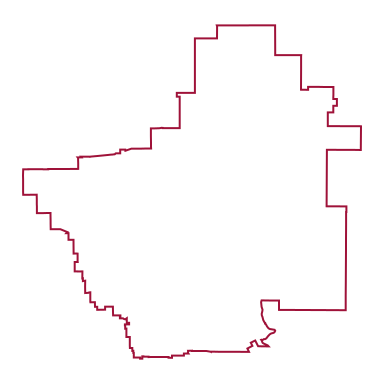 Perenjori, Western Australia, Australia (orthographic projection)
{"feature_id": "25037944B82153403198712", "entity_name": "Perenjori", "entity_type": "district", "adm_level": 2, "iso_a3": "AUS", "parent_name": "Australia", "parent_adm1": "Western Australia", "projection": "orthographic", "projection_center": [116.454, -29.398], "detail": "fine", "context": "isolated", "style": "outline", "palette": "rose", "viewbox_px": 384, "rotation_deg": 0, "n_neighbors": 0, "source": "geoboundaries", "source_scale": "gbopen_adm2", "svg_char_len": 4481}
<svg xmlns="http://www.w3.org/2000/svg" viewBox="0 0 384 384"><path d="M90.4,302.3L94.9,302.2L95.0,306.8L97.2,306.8L97.2,309.8L104.0,309.7L105.1,309.7L105.1,306.7L112.9,306.7L113.0,312.2L113.1,315.4L114.5,315.4L116.0,315.4L118.9,315.4L120.4,315.4L120.4,317.0L119.9,317.0L119.9,318.3L123.0,318.3L123.6,318.8L124.6,319.2L125.4,319.2L126.8,318.2L126.8,318.7L126.2,319.3L126.3,319.8L126.8,320.1L126.8,322.8L129.1,322.8L129.1,324.4L124.9,324.4L124.9,324.9L124.9,325.3L125.2,325.3L125.2,327.5L125.2,328.7L126.4,328.6L126.4,329.5L126.4,337.0L126.6,337.0L129.8,337.0L129.8,340.6L129.8,345.7L129.9,348.0L130.0,348.0L132.3,348.0L132.3,350.9L133.3,350.8L133.3,352.9L133.8,352.9L133.8,357.5L140.1,357.5L140.1,358.7L142.3,358.7L142.3,356.3L143.4,356.3L143.4,356.7L148.6,356.7L148.6,357.1L151.0,357.0L153.8,357.0L158.9,357.0L168.5,357.0L168.5,357.7L170.8,357.8L172.0,357.8L172.0,357.6L172.0,355.6L175.1,355.6L182.5,355.6L183.9,355.6L183.9,355.4L183.9,353.5L188.4,353.5L188.2,353.2L188.0,352.9L187.9,352.6L187.9,352.4L187.9,352.2L188.0,352.0L188.0,351.7L188.2,351.3L188.2,351.2L188.1,350.8L192.0,350.7L192.0,351.0L196.0,351.0L200.6,351.0L204.0,351.0L205.3,351.0L206.0,351.0L206.4,351.0L209.3,351.5L210.6,351.7L210.8,351.8L210.8,351.7L211.0,351.7L211.4,351.7L215.0,351.7L219.4,351.8L223.1,351.8L224.7,351.8L227.6,351.8L231.1,351.8L234.5,351.8L239.0,351.8L243.4,351.9L249.0,351.9L247.4,348.5L252.4,345.9L250.8,342.7L255.2,340.5L258.1,346.2L261.1,346.3L268.6,346.4L267.7,345.4L263.6,343.5L262.7,342.9L262.3,342.2L261.7,340.5L261.2,339.8L261.5,339.7L262.5,340.1L263.9,339.1L265.1,339.1L266.3,338.4L268.0,336.2L269.7,334.4L271.1,333.5L273.7,332.8L274.6,332.0L275.2,330.8L274.6,329.8L271.0,329.2L270.4,329.1L270.1,329.1L269.3,328.8L268.5,328.2L267.9,327.6L267.4,326.9L266.9,326.2L266.6,325.6L266.4,325.2L266.1,324.7L265.8,324.3L265.3,324.0L265.0,323.6L265.0,323.4L265.2,323.6L265.5,323.7L265.4,323.4L265.2,322.9L264.8,322.7L264.6,322.5L264.3,322.0L263.9,321.3L263.5,320.5L263.3,320.1L263.2,319.8L262.4,316.7L261.9,315.6L261.8,315.0L261.7,314.0L261.7,313.8L262.0,312.6L262.4,310.8L262.5,309.6L261.6,306.9L261.1,302.1L261.6,300.4L262.0,300.4L268.9,300.5L269.3,300.5L279.0,300.5L279.0,309.9L326.4,310.1L326.5,310.1L345.7,310.2L345.7,302.0L345.7,295.1L345.8,283.2L346.0,249.3L346.0,239.8L346.1,224.7L346.1,212.0L346.4,212.0L346.4,206.4L326.6,206.3L326.9,149.8L355.1,149.9L360.8,150.0L361.0,126.3L359.7,126.2L346.1,126.2L327.8,126.1L327.8,112.4L333.3,112.4L333.3,105.8L336.9,105.8L336.9,99.0L333.3,99.0L333.3,97.2L333.4,94.8L333.4,93.5L333.4,87.0L324.4,87.0L319.6,86.9L308.1,86.9L308.1,89.8L301.0,89.7L301.1,69.3L301.1,67.9L301.1,66.5L301.1,62.7L301.1,61.4L301.1,56.3L301.2,55.1L275.2,55.1L275.2,49.7L275.1,25.3L260.7,25.3L243.0,25.4L238.9,25.4L232.1,25.4L216.8,25.4L217.1,26.4L217.0,38.4L196.1,38.4L194.9,38.4L194.9,51.9L194.9,92.9L176.8,92.9L176.8,96.7L179.7,96.7L179.7,99.8L179.7,122.4L179.7,128.1L162.7,128.1L162.7,127.9L161.5,127.8L161.2,127.9L160.6,128.0L160.2,128.1L159.8,128.2L157.1,128.3L154.2,128.4L153.1,128.4L152.1,128.4L150.9,128.4L150.9,135.8L151.0,142.3L151.0,146.8L151.1,148.5L149.3,148.5L146.3,148.5L143.4,148.6L142.2,148.6L141.9,148.6L141.6,148.7L140.2,148.7L136.2,148.7L131.3,148.7L129.0,149.5L125.4,150.7L125.3,149.6L120.2,149.6L120.2,153.3L116.1,153.3L115.9,153.3L115.7,153.4L115.6,153.5L115.4,153.6L115.1,154.0L114.9,154.2L114.7,154.3L114.2,154.3L112.9,154.5L111.9,154.6L111.6,154.6L110.2,154.7L108.7,154.9L97.4,156.0L89.6,156.7L89.6,156.8L89.4,156.8L89.2,156.7L85.9,156.7L84.1,156.7L81.0,156.7L81.5,157.4L79.3,157.4L79.2,157.4L77.6,157.4L78.1,158.1L78.1,160.1L78.2,163.1L78.2,168.9L65.9,169.0L59.5,169.0L53.8,169.0L48.2,169.0L48.2,169.3L46.6,169.3L45.9,169.3L43.0,169.3L42.8,169.2L37.0,169.2L36.9,169.2L31.9,169.2L28.4,169.2L28.4,169.3L23.2,169.3L23.0,175.5L23.1,179.2L23.1,186.1L23.1,191.9L23.2,194.8L26.6,194.8L36.7,194.7L36.8,199.0L36.8,201.2L36.8,204.5L36.9,206.4L36.9,213.1L42.0,213.1L43.3,213.1L43.7,213.1L47.2,213.0L50.5,213.0L50.5,214.7L50.6,220.9L50.6,223.8L50.7,229.2L54.5,229.2L57.2,229.2L60.0,229.2L60.3,229.2L60.6,229.3L67.4,232.1L66.4,233.2L68.5,233.2L68.5,239.8L69.2,239.8L73.5,239.8L73.6,253.6L76.4,253.5L77.6,253.6L77.6,261.2L77.7,262.0L76.9,262.0L74.7,262.0L74.7,271.4L77.7,271.4L77.8,271.4L77.9,271.5L82.4,271.4L82.4,272.6L82.3,278.4L82.9,278.3L82.9,281.1L85.2,280.7L85.1,286.5L85.2,293.0L85.9,292.9L86.6,293.0L87.1,292.9L88.2,292.9L89.1,292.4L90.3,292.3L90.3,295.9L90.3,300.1L90.3,301.3L90.3,301.8L90.4,302.3Z" fill="none" stroke="#9f1239" stroke-width="2"/></svg>